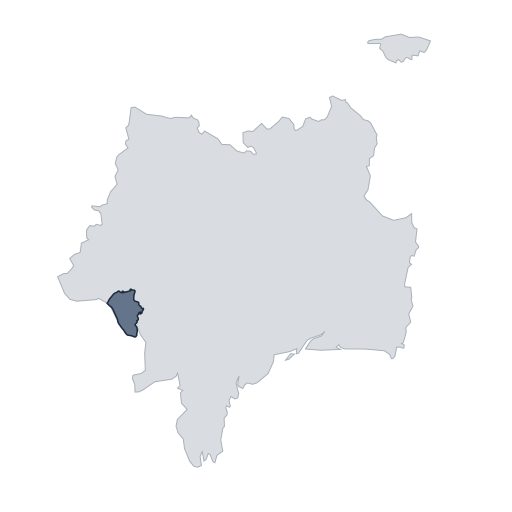 Seine-Maritime on a map of France (Mercator projection), rotated 263°
{"feature_id": "FRA-5343", "entity_name": "Seine-Maritime", "entity_type": "Metropolitan department", "adm_level": 1, "iso_a3": "FRA", "parent_name": "France", "parent_adm1": "", "projection": "mercator", "projection_center": [1.134, 49.661], "detail": "fine", "context": "in_parent", "style": "filled", "palette": "slate", "viewbox_px": 512, "rotation_deg": 263, "n_neighbors": 0, "source": "natural_earth", "source_scale": "10m", "svg_char_len": 5267}
<svg xmlns="http://www.w3.org/2000/svg" viewBox="0 0 512 512"><g transform="rotate(263 256 256)"><path d="M403.7,208.9L400.3,210.8L398.2,214.6L396.0,215.5L392.1,215.6L390.2,213.2L385.4,214.7L383.5,217.2L386.3,220.2L376.9,232.5L370.9,235.7L369.6,243.7L362.6,249.7L359.9,255.9L359.7,257.2L361.5,259.2L360.7,263.3L357.2,265.9L357.2,268.5L358.2,268.9L363.7,266.8L365.7,264.4L364.7,261.1L370.2,257.1L380.0,258.1L381.1,263.5L379.9,268.0L386.9,277.7L380.8,282.2L380.4,285.2L386.7,294.9L390.7,299.0L388.5,305.4L381.9,309.6L377.6,309.3L375.8,310.3L376.0,312.3L378.9,318.2L386.1,322.0L387.2,326.4L385.2,327.9L381.9,334.6L383.3,337.8L382.8,339.3L383.5,341.5L385.4,343.7L395.3,349.3L404.3,348.2L405.5,351.5L400.0,360.0L400.3,363.9L397.5,363.9L397.0,365.3L391.5,368.1L382.5,376.7L378.3,379.2L376.6,383.6L374.2,386.0L361.3,390.9L358.9,389.8L352.6,389.9L348.7,386.8L341.2,384.9L338.8,380.4L331.8,379.5L331.4,376.5L321.6,379.3L307.8,375.1L302.9,370.7L298.9,371.9L295.3,375.8L280.5,386.2L274.6,397.0L275.7,409.5L279.1,415.6L270.1,414.7L264.7,416.5L263.3,419.1L250.5,416.0L245.8,418.6L244.5,418.4L242.8,415.8L236.5,412.9L237.5,410.8L236.6,409.0L230.7,407.5L228.7,409.3L226.4,405.7L209.9,400.0L207.2,400.1L206.1,405.7L195.5,405.6L194.0,404.6L187.1,405.7L179.8,400.5L171.7,401.5L166.7,396.1L161.8,395.7L155.0,392.9L151.9,391.4L151.5,389.8L149.5,392.3L146.9,391.7L146.4,391.0L148.0,388.0L148.3,384.4L139.8,381.8L137.5,379.3L137.5,377.9L142.1,376.7L146.3,371.8L150.2,353.9L153.0,332.6L155.1,328.6L157.8,327.4L155.6,324.5L153.0,328.4L154.6,308.6L157.7,293.7L164.9,299.8L166.6,302.4L168.7,311.3L172.7,315.0L170.1,311.4L167.5,299.6L165.9,296.3L154.4,286.3L154.0,284.0L159.1,285.2L157.0,277.7L155.8,262.0L148.9,260.4L137.7,253.6L130.0,241.4L129.1,236.9L131.1,232.0L129.4,229.0L126.1,226.8L128.6,222.7L130.9,222.2L139.0,224.6L132.4,220.7L121.7,222.0L117.4,220.6L116.7,217.7L119.6,214.0L116.0,211.6L109.9,212.2L109.1,211.2L110.9,208.5L109.4,207.5L104.4,208.5L101.6,207.7L98.9,204.6L90.8,203.9L89.0,202.1L77.9,198.6L66.3,199.2L63.0,193.0L55.9,190.0L57.3,188.1L64.4,186.3L65.8,184.5L60.6,182.0L58.8,179.4L68.3,178.8L64.0,176.1L54.7,176.3L53.5,172.6L54.7,168.8L60.1,165.3L73.4,161.6L83.2,161.5L90.0,157.1L96.8,155.9L103.3,158.0L112.1,168.9L119.1,164.1L129.4,164.3L131.6,167.0L134.3,162.0L136.6,164.9L149.3,163.9L146.4,162.0L144.0,157.4L143.5,140.3L137.0,127.8L135.4,123.2L135.7,119.3L143.3,120.0L149.6,118.3L152.7,119.5L153.4,127.6L156.0,132.2L173.5,133.7L183.6,136.2L192.1,131.6L200.1,129.6L200.7,128.5L196.1,128.9L191.9,127.0L191.4,124.8L193.5,118.5L205.7,111.5L223.5,105.5L228.1,101.5L233.3,94.3L232.2,92.5L233.0,72.6L235.6,66.1L242.4,61.4L259.7,56.6L261.9,63.0L261.7,66.5L266.3,72.1L268.6,73.9L276.2,70.8L279.8,76.1L280.9,81.9L290.0,84.3L292.6,91.9L294.3,90.3L300.0,90.6L302.7,91.2L306.4,94.6L305.3,99.1L306.9,101.3L305.3,105.4L306.4,107.2L316.9,107.2L320.0,105.3L321.4,101.2L324.6,98.7L325.8,99.4L323.8,107.2L325.2,109.2L326.0,114.7L329.9,115.2L337.6,119.6L344.1,126.9L352.1,125.7L358.3,129.7L364.9,127.6L371.0,129.8L373.1,131.9L378.8,142.1L383.2,140.0L386.4,141.2L387.4,144.1L399.1,142.4L401.2,145.3L403.6,146.3L418.4,150.1L418.6,153.9L410.0,164.6L406.3,179.8L403.8,185.1L402.8,189.0L403.5,191.6L403.1,195.7L401.3,205.5L402.3,208.3L403.7,208.9ZM456.5,401.3L455.8,406.9L457.8,411.0L458.5,427.2L454.2,434.9L453.5,444.3L448.2,455.4L439.9,450.5L437.5,447.7L439.7,443.5L434.9,441.2L436.1,437.0L435.6,435.0L432.2,434.8L432.0,433.7L434.5,430.5L434.4,428.5L431.2,426.0L430.6,423.8L433.7,421.3L432.3,419.0L430.6,418.5L434.8,411.1L437.7,408.9L444.1,406.8L446.8,404.0L451.0,405.5L451.8,404.8L453.2,393.1L454.7,392.9L456.0,394.5L456.5,401.3ZM154.9,278.6L153.9,282.1L149.5,276.0L149.0,272.6L154.9,278.6Z" fill="#d9dde1" stroke="#a8b0b8" stroke-width="1"/><path d="M202.2,127.6L200.2,128.9L197.9,129.2L195.5,128.9L193.5,128.2L192.9,128.2L192.4,128.2L191.8,127.9L191.2,127.6L191.0,127.2L190.9,126.9L190.5,126.7L190.4,126.3L190.4,125.8L190.5,125.5L192.0,122.8L193.1,119.0L193.5,118.5L194.9,117.3L195.2,117.3L195.5,117.0L199.2,115.3L199.5,114.9L203.1,112.8L204.0,112.5L205.1,111.7L207.4,110.9L209.8,110.9L221.4,107.2L222.1,106.6L222.8,106.4L223.9,105.1L227.1,102.5L231.2,105.4L235.8,110.3L236.2,111.0L236.7,112.7L236.9,113.3L237.5,114.3L237.8,114.9L237.9,115.2L237.9,115.7L237.7,116.0L237.2,116.3L236.9,116.6L235.9,118.2L235.8,118.7L235.8,119.1L236.1,119.1L236.4,119.0L236.7,118.9L236.9,118.8L237.2,118.9L237.3,119.2L237.2,119.6L236.9,120.2L236.6,120.4L236.0,120.7L235.8,121.0L236.1,121.5L236.2,121.8L236.2,122.6L236.3,124.0L236.4,124.4L236.5,124.9L236.6,126.4L236.7,126.9L236.9,127.2L237.1,127.2L237.3,127.1L237.5,127.0L237.8,126.9L238.1,127.0L238.3,127.4L238.3,127.8L238.1,128.3L237.9,128.5L237.7,128.6L237.4,128.9L237.2,129.5L237.0,130.1L236.8,130.6L236.9,131.2L235.7,131.7L231.8,130.0L227.7,129.3L226.5,129.9L225.7,130.9L224.5,133.6L224.1,133.9L222.0,133.8L221.4,134.0L220.8,134.5L220.4,135.2L220.2,135.5L218.3,136.0L217.9,136.4L217.6,137.0L217.8,137.7L217.2,137.9L216.7,137.8L216.2,137.5L215.7,136.9L214.8,136.3L213.8,136.0L213.0,135.4L212.6,134.1L214.3,134.4L214.3,133.4L213.9,132.9L212.8,132.4L211.4,131.0L211.0,130.8L208.3,131.6L207.0,131.3L206.2,129.7L205.7,129.9L205.0,130.0L204.5,129.8L203.5,128.5L203.0,127.9L202.6,127.7L202.2,127.6Z" fill="#64748b" stroke="#1e293b" stroke-width="1.5"/></g></svg>